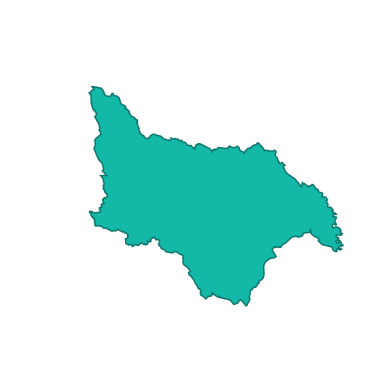 the district of Ban Phai, Khon Kaen, Thailand, rotated 136°
{"feature_id": "78962969B94804173540962", "entity_name": "Ban Phai", "entity_type": "district", "adm_level": 2, "iso_a3": "THA", "parent_name": "Thailand", "parent_adm1": "Khon Kaen", "projection": "equal_earth", "projection_center": [102.783, 16.032], "detail": "fine", "context": "isolated", "style": "filled", "palette": "teal", "viewbox_px": 384, "rotation_deg": 136, "n_neighbors": 0, "source": "geoboundaries", "source_scale": "gbopen_adm2", "svg_char_len": 6016}
<svg xmlns="http://www.w3.org/2000/svg" viewBox="0 0 384 384"><g transform="rotate(136 192 192)"><path d="M129.0,48.7L128.2,50.1L127.3,50.1L126.4,49.3L125.7,47.5L124.3,46.9L124.1,47.4L125.2,50.4L123.4,51.0L122.9,50.6L122.4,49.1L120.3,48.8L120.6,50.9L119.8,52.0L119.5,54.3L120.3,55.2L121.6,53.9L122.3,53.8L123.1,55.7L122.7,56.8L121.5,56.4L120.2,56.9L119.5,56.2L118.9,56.3L118.5,57.6L119.3,59.7L118.1,60.7L117.0,60.1L114.9,57.3L112.9,57.6L112.8,58.1L113.6,58.6L113.7,59.1L111.5,61.0L111.1,63.9L112.3,66.5L113.8,67.5L115.3,67.8L115.4,68.7L114.2,70.5L112.9,71.1L112.1,70.6L111.9,68.9L110.8,68.2L109.3,72.4L106.6,72.9L105.7,73.8L106.6,75.1L107.7,75.7L107.6,76.5L105.6,77.3L103.6,75.8L103.7,77.4L105.2,79.7L104.7,81.2L103.6,80.4L103.2,80.7L102.7,84.4L103.3,85.4L104.6,85.9L104.8,86.6L104.5,87.4L102.7,88.7L102.1,91.9L100.0,92.2L99.8,92.8L99.7,94.9L99.3,95.2L100.2,95.9L100.4,97.0L101.9,98.3L99.5,99.7L99.1,101.0L100.5,103.3L100.6,104.8L99.7,106.1L100.5,108.2L99.8,113.3L100.7,114.1L103.3,114.2L103.8,115.2L104.6,114.6L105.3,119.9L106.0,120.0L106.0,122.0L109.7,119.8L108.9,129.6L110.7,139.0L110.5,142.2L108.6,147.1L106.6,146.7L107.0,148.9L106.7,149.2L106.7,150.7L108.6,151.1L109.4,152.0L108.9,153.1L108.5,153.1L108.1,155.7L106.9,157.0L107.2,158.5L106.7,160.0L106.9,160.6L105.6,161.8L103.8,162.3L103.4,163.0L103.5,164.6L105.7,165.4L108.5,168.4L108.4,168.9L109.3,170.1L111.2,171.4L110.6,172.3L110.1,177.6L110.4,178.7L110.0,180.4L110.6,181.8L113.2,181.5L115.0,182.8L118.3,183.3L119.5,182.6L120.8,184.3L122.7,184.6L125.1,184.2L126.2,184.6L127.5,183.8L127.7,186.2L128.1,186.6L128.5,188.8L127.4,191.0L127.4,193.4L128.7,193.6L132.0,195.3L132.2,196.5L133.2,198.1L133.0,198.9L134.0,199.2L135.6,198.5L136.8,199.2L142.3,205.8L144.0,205.5L145.8,206.0L145.7,206.9L146.4,207.3L147.4,207.2L147.5,207.7L148.2,207.7L148.3,207.2L148.8,207.2L149.0,207.7L149.9,206.3L149.0,210.4L152.7,221.0L154.2,222.5L154.6,221.9L156.2,223.1L157.0,222.5L159.1,222.2L159.9,221.0L160.5,221.5L160.3,222.6L160.7,225.2L160.3,226.0L161.9,227.5L162.7,229.1L162.5,232.8L163.6,233.3L163.8,234.7L163.5,236.4L165.5,237.6L165.6,238.6L165.1,239.6L166.5,240.5L166.8,242.0L168.3,243.0L169.6,245.2L169.8,244.3L172.4,244.5L172.6,245.7L174.0,246.7L174.6,248.7L175.3,249.6L175.7,253.8L178.5,258.5L178.5,259.1L179.6,260.4L182.2,261.3L186.0,260.8L188.3,262.9L187.7,266.1L188.3,267.0L188.2,268.8L188.8,269.2L188.1,271.7L187.7,271.5L187.4,273.4L185.7,274.7L186.0,275.2L183.3,280.3L182.8,280.0L182.4,281.1L182.0,281.0L182.1,281.8L181.6,281.7L181.4,282.4L182.1,282.7L181.8,284.3L182.1,284.4L182.0,285.6L181.8,285.8L183.0,288.6L182.4,290.9L182.5,292.9L181.4,293.1L181.2,293.7L181.3,297.0L181.9,298.4L181.5,299.1L180.7,299.0L180.4,300.5L180.5,301.4L181.7,303.3L181.5,304.3L181.9,304.9L179.1,310.1L179.3,313.0L181.3,315.6L180.4,317.9L181.7,318.4L183.3,317.6L184.8,317.7L184.9,318.3L186.8,320.2L187.2,322.0L186.8,323.2L187.1,323.7L186.6,324.8L186.1,324.7L185.6,327.2L185.1,327.8L185.5,329.0L185.3,330.1L186.3,330.9L186.6,331.7L187.1,331.8L187.4,333.2L188.5,334.3L188.9,334.2L189.1,335.5L190.7,337.1L191.0,334.2L193.7,334.7L196.1,334.1L197.0,334.8L197.2,333.1L198.5,330.2L201.0,328.2L201.3,326.6L202.6,326.3L202.9,325.1L203.8,324.3L204.1,323.1L205.1,321.7L205.9,319.0L205.5,318.1L206.0,316.8L205.7,315.9L206.6,314.2L209.7,313.5L211.9,304.9L213.1,303.7L213.7,301.8L215.6,301.3L216.9,296.8L223.7,297.2L225.7,296.9L228.5,293.3L229.9,292.2L231.9,291.6L232.6,290.7L236.4,280.9L236.8,277.4L236.4,275.7L239.3,270.2L240.0,269.6L241.8,269.4L241.8,263.0L246.3,267.2L246.7,263.3L248.1,261.6L249.2,259.3L251.2,257.9L251.5,258.1L252.8,256.2L253.6,256.1L253.8,254.0L254.8,252.3L254.6,250.2L255.6,247.8L258.5,247.7L258.9,248.8L261.8,248.5L262.9,246.2L263.0,245.0L265.4,246.1L265.7,245.3L266.6,245.4L267.1,243.9L267.6,244.2L267.7,243.7L269.8,244.9L270.7,243.4L271.3,241.2L275.5,243.6L277.6,246.3L277.5,247.1L277.8,248.0L278.5,248.3L278.8,249.1L279.7,248.9L280.0,245.7L280.7,245.6L281.2,244.0L280.9,243.4L281.3,242.3L280.7,241.6L281.2,240.7L280.8,240.3L281.4,239.2L281.9,239.2L283.5,237.4L283.7,236.1L284.9,235.6L284.7,234.1L283.3,233.4L280.9,230.0L280.6,227.1L279.1,226.1L276.8,219.3L275.2,218.8L274.2,217.2L272.2,216.7L271.5,217.1L269.8,211.7L268.6,211.0L269.0,209.5L267.9,208.6L267.7,205.8L268.8,205.3L269.5,203.8L272.6,204.5L272.9,203.6L275.1,201.5L275.2,200.3L274.4,197.9L272.8,197.5L272.8,196.6L272.4,196.3L272.7,194.1L270.1,193.8L268.9,193.0L267.8,190.8L263.7,190.8L263.1,187.8L262.2,187.5L262.2,186.2L260.9,186.1L260.9,185.6L258.3,186.0L258.2,187.5L256.3,185.0L255.6,185.2L254.9,186.7L252.4,186.5L252.1,186.4L252.1,185.9L250.5,185.3L251.2,182.6L249.2,181.7L249.2,180.2L249.5,180.2L249.7,178.5L251.8,177.9L252.8,176.8L252.6,174.1L253.4,172.7L251.9,169.9L252.1,166.8L248.3,161.7L245.2,160.9L244.4,158.8L244.1,156.3L243.4,154.6L242.9,154.5L242.8,151.8L244.4,151.2L245.6,148.6L247.0,148.2L248.4,145.6L247.6,140.7L248.1,136.2L250.6,136.4L251.7,133.9L251.0,132.5L251.8,129.1L251.4,128.3L253.0,123.9L253.3,122.4L253.1,122.0L254.4,118.5L254.3,117.4L253.8,116.9L254.0,116.1L254.7,113.9L256.3,113.5L257.2,111.8L256.3,108.0L256.4,105.6L253.7,105.6L252.1,105.1L250.1,103.7L247.3,105.0L247.7,103.4L247.4,103.3L246.5,99.0L245.4,96.8L244.3,97.3L244.5,96.0L244.1,94.7L242.4,92.7L242.4,92.0L241.2,91.0L239.6,87.2L240.0,82.1L236.4,80.3L234.2,81.0L232.2,80.6L231.5,79.8L232.3,72.8L231.5,72.2L228.1,73.7L227.9,73.3L224.8,74.6L223.7,76.7L221.3,78.2L218.7,80.5L217.9,80.6L216.8,79.9L216.1,80.5L213.6,80.4L212.6,79.4L211.3,79.4L208.2,80.3L207.0,79.8L206.6,81.2L201.9,80.6L199.9,81.0L197.4,82.8L192.0,88.9L188.5,90.6L185.2,90.6L182.7,90.0L181.0,89.5L178.5,87.4L176.2,87.2L174.5,94.8L170.7,95.5L170.7,94.3L168.4,93.1L168.3,92.3L167.3,91.9L167.3,91.1L166.8,90.7L164.7,90.9L163.2,91.5L161.1,90.4L151.2,90.1L147.8,87.8L146.7,85.4L145.9,85.4L144.5,84.3L142.7,83.7L141.6,84.7L140.1,84.8L135.6,81.4L132.9,82.4L135.1,79.8L135.2,77.9L134.5,74.4L133.3,71.1L134.1,69.3L135.0,69.2L135.0,64.6L134.7,63.5L129.8,55.7L129.7,54.7L130.6,52.9L130.8,51.1L129.9,49.2L129.0,48.7Z" fill="#14b8a6" stroke="#0f766e" stroke-width="1.5"/></g></svg>